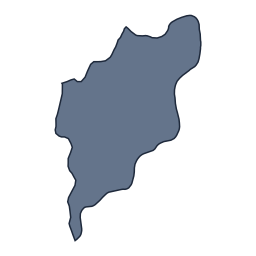 outline of Rangrim, Chagang-do, North Korea
{"feature_id": "82179303B57192008066519", "entity_name": "Rangrim", "entity_type": "district", "adm_level": 2, "iso_a3": "PRK", "parent_name": "North Korea", "parent_adm1": "Chagang-do", "projection": "albers", "projection_center": [127.189, 40.817], "detail": "fine", "context": "isolated", "style": "filled", "palette": "slate", "viewbox_px": 256, "rotation_deg": 0, "n_neighbors": 0, "source": "geoboundaries", "source_scale": "gbopen_adm2", "svg_char_len": 2081}
<svg xmlns="http://www.w3.org/2000/svg" viewBox="0 0 256 256"><path d="M61.9,83.3L62.4,84.2L62.4,85.9L62.3,93.7L60.7,100.6L59.1,107.5L58.3,110.8L57.4,114.4L55.9,118.7L56.0,123.9L56.0,126.5L55.2,129.9L55.9,133.4L59.0,136.0L61.4,136.9L64.5,136.9L68.4,138.6L70.7,143.0L71.0,143.6L72.3,147.3L70.6,152.5L68.2,158.5L68.2,160.3L68.2,162.9L68.1,166.3L69.7,170.7L72.0,173.3L74.3,177.6L75.8,180.2L75.0,185.4L71.8,191.4L68.6,197.5L67.7,201.8L69.3,206.1L70.0,211.3L70.7,217.4L69.1,223.5L69.8,226.1L71.4,230.4L72.9,234.7L75.1,240.6L76.8,239.3L79.8,236.3L80.8,234.6L81.3,232.8L81.7,230.8L81.7,228.8L80.2,217.5L80.4,213.5L81.8,210.4L83.1,208.8L84.5,207.4L86.1,206.9L91.9,206.3L93.4,205.7L95.2,204.6L99.8,200.4L102.5,197.4L105.5,194.5L107.1,193.1L108.8,192.2L121.1,189.5L123.0,189.2L125.0,189.3L126.8,188.9L128.7,187.9L131.2,184.7L131.9,183.1L133.8,176.0L134.3,171.9L134.4,167.8L135.0,164.2L136.4,161.0L137.5,159.1L138.8,157.4L140.2,155.9L141.8,154.7L143.7,153.7L153.1,150.4L154.8,149.0L157.1,145.6L158.6,144.2L160.4,143.1L163.8,141.6L170.9,140.2L174.1,138.5L175.6,136.9L176.7,135.2L178.8,130.6L179.3,128.9L179.6,126.8L179.5,124.7L179.4,122.9L179.0,119.2L177.3,112.3L176.4,109.1L175.4,103.5L175.0,97.9L174.4,94.1L174.5,89.8L175.2,86.1L175.7,84.4L177.1,81.2L179.7,78.1L182.7,75.3L189.1,70.5L190.1,69.5L194.7,66.6L196.1,65.1L198.0,62.1L199.0,58.8L199.9,53.8L200.5,48.8L200.5,47.2L200.8,45.4L200.8,42.0L200.5,40.4L200.2,34.1L199.3,29.4L199.1,24.5L198.1,21.2L197.2,19.6L196.1,18.1L194.5,16.8L191.4,15.5L189.8,15.4L186.7,15.8L181.8,17.3L177.0,19.2L172.2,21.9L170.6,23.2L169.5,24.7L168.7,26.3L168.6,27.9L168.1,29.6L167.4,31.0L165.1,34.3L161.8,36.5L157.2,38.0L152.1,37.7L150.5,36.9L147.2,35.8L145.5,35.6L142.4,35.9L137.2,35.6L135.6,35.0L134.6,34.2L131.0,31.5L128.1,28.5L126.5,27.2L126.1,26.9L124.4,28.7L123.6,31.3L122.1,33.9L120.5,37.4L118.1,40.0L117.3,42.6L115.7,46.9L114.2,49.5L111.8,54.7L110.2,57.3L105.5,60.8L100.8,61.6L96.9,61.7L93.8,61.7L90.7,64.3L89.1,67.7L87.5,71.2L85.1,77.2L81.2,81.6L77.3,81.6L74.2,79.0L71.0,79.9L67.1,81.6L61.9,83.3Z" fill="#64748b" stroke="#1e293b" stroke-width="1.5"/></svg>